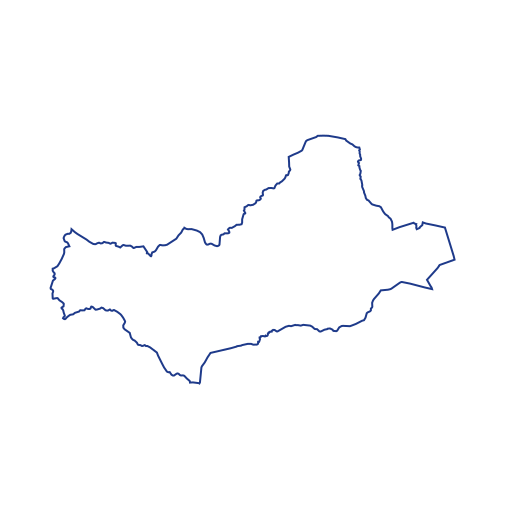 the district of Bac Ai, Ninh Thuận, Vietnam, rotated 293°
{"feature_id": "81297802B54055270393742", "entity_name": "Bac Ai", "entity_type": "district", "adm_level": 2, "iso_a3": "VNM", "parent_name": "Vietnam", "parent_adm1": "Ninh Thuận", "projection": "mercator", "projection_center": [108.819, 11.911], "detail": "fine", "context": "isolated", "style": "outline", "palette": "blue", "viewbox_px": 512, "rotation_deg": 293, "n_neighbors": 0, "source": "geoboundaries", "source_scale": "gbopen_adm2", "svg_char_len": 6105}
<svg xmlns="http://www.w3.org/2000/svg" viewBox="0 0 512 512"><g transform="rotate(293 256 256)"><path d="M208.6,75.7L206.6,76.3L205.0,76.4L203.5,75.5L202.8,73.9L201.2,72.3L200.1,71.9L198.2,71.8L197.3,71.9L195.1,73.9L194.7,74.7L194.8,76.8L194.2,78.0L192.0,80.4L189.9,77.5L188.0,76.8L187.3,76.8L184.4,78.1L182.9,78.4L177.5,78.3L172.2,77.8L169.0,77.2L165.8,74.9L164.9,73.8L163.0,74.6L161.9,76.2L161.4,77.4L160.2,77.9L158.3,77.4L157.8,77.5L157.4,78.0L157.7,79.3L157.3,80.0L156.2,79.9L154.0,78.7L146.3,79.4L145.5,80.0L145.4,81.6L144.9,82.7L143.9,83.2L142.0,83.3L137.6,85.4L137.4,85.7L137.4,86.1L139.2,88.7L139.7,89.8L138.4,92.4L137.8,95.6L137.2,97.3L136.8,97.8L134.4,98.5L132.6,97.2L132.2,97.2L131.7,97.7L131.5,98.7L130.6,99.8L128.8,101.1L126.4,103.3L125.6,103.4L124.3,102.7L123.3,102.7L123.0,103.9L123.2,104.8L123.9,105.3L125.5,105.8L127.8,107.0L129.3,108.0L130.9,110.5L132.9,111.5L135.7,114.8L137.4,115.4L138.0,117.2L139.0,119.3L140.6,119.6L141.2,119.9L141.6,120.4L141.5,121.3L141.8,122.6L142.3,123.7L143.1,124.2L144.3,124.0L145.1,124.2L145.3,125.5L143.9,129.2L144.4,130.3L146.6,133.0L148.1,133.9L148.3,135.6L147.3,138.5L147.3,139.3L147.9,141.0L149.7,142.4L149.2,143.5L149.2,144.5L149.6,145.4L150.4,145.8L150.8,146.4L150.4,150.2L149.5,153.8L149.0,155.0L147.3,157.8L145.2,160.5L144.4,161.2L143.2,161.3L140.3,160.9L138.2,161.9L137.2,163.7L135.9,169.8L132.2,172.7L131.2,174.4L130.7,175.9L130.8,177.2L129.7,180.2L128.6,181.5L128.2,182.3L128.8,184.4L128.6,186.2L129.1,187.0L130.5,188.4L130.1,189.9L130.7,191.1L130.5,194.2L128.4,202.5L126.1,204.7L120.3,211.5L117.5,214.9L115.0,218.8L114.7,219.6L114.8,220.9L115.4,221.9L113.7,224.6L113.5,226.2L113.9,227.2L116.3,228.7L117.0,229.3L117.3,229.8L117.3,230.9L116.7,232.4L116.7,233.6L117.6,235.5L117.7,236.8L116.2,240.2L115.1,243.7L114.5,244.3L113.7,244.7L115.0,247.3L116.7,253.3L116.6,253.7L117.7,253.8L132.1,249.3L133.4,249.3L138.0,250.4L143.8,251.0L149.0,252.0L161.7,269.4L165.1,273.6L165.6,273.8L167.6,277.2L168.6,278.1L171.8,282.6L173.2,285.8L173.3,288.1L174.8,291.4L175.8,292.1L176.2,292.1L177.8,291.5L178.0,292.3L178.3,292.4L181.1,292.2L181.9,291.3L182.5,291.1L183.1,291.9L184.1,291.9L185.1,293.7L185.4,295.5L186.2,295.8L185.9,296.2L187.0,297.6L188.2,297.7L188.9,297.3L190.1,297.4L190.3,297.9L190.9,297.8L191.3,298.4L191.7,298.4L192.2,299.1L192.5,300.0L193.5,299.9L194.2,300.3L194.2,300.5L194.7,300.7L195.2,302.1L194.9,303.1L194.7,304.7L195.0,305.3L202.4,310.9L204.6,313.6L205.1,315.7L207.9,319.0L207.9,319.7L208.8,321.8L209.4,324.4L211.1,326.4L213.1,333.1L212.9,335.4L211.8,338.4L211.9,339.1L212.5,340.8L211.4,343.7L211.5,344.6L212.2,345.5L214.9,347.8L216.5,350.1L217.1,350.4L218.2,352.4L218.1,355.2L217.3,356.5L218.2,359.3L219.0,359.9L222.8,360.5L225.0,362.2L225.7,363.4L228.1,369.9L229.1,371.0L232.5,374.5L237.9,379.0L239.1,380.5L242.0,380.9L246.6,380.3L247.7,380.8L249.4,382.4L250.1,382.8L250.8,383.0L252.5,382.3L253.9,382.9L254.7,382.9L258.3,381.2L260.8,381.1L262.5,381.4L269.6,383.7L273.1,384.3L276.5,390.6L277.8,392.4L278.7,393.3L287.7,398.9L288.8,399.9L289.1,400.5L290.8,408.7L293.0,423.7L294.3,431.0L295.6,429.9L296.7,428.2L300.9,422.7L315.7,427.8L318.4,428.4L318.7,428.3L319.5,428.6L330.2,440.2L333.2,438.0L356.0,418.8L354.2,409.0L352.3,399.7L352.1,396.4L349.4,397.0L346.8,395.7L345.7,395.6L343.5,393.5L344.5,392.5L346.4,391.9L347.4,391.0L348.0,391.0L347.8,389.1L348.2,388.1L338.6,376.8L333.5,371.5L334.8,370.7L338.3,369.2L339.9,368.3L340.9,367.6L342.1,366.2L342.9,365.3L343.5,363.1L344.3,361.9L345.0,358.6L345.8,357.1L346.8,355.5L349.7,351.9L350.0,350.0L349.3,347.0L348.9,342.8L349.2,341.8L351.1,337.9L351.1,336.2L352.3,334.4L354.2,333.1L356.7,330.6L357.3,330.4L358.1,329.8L360.9,326.9L362.0,326.2L362.7,326.2L366.5,323.7L367.7,322.4L367.8,321.9L369.9,321.4L370.4,320.8L370.5,320.3L371.0,319.8L372.5,319.9L375.3,319.2L376.0,318.2L377.8,316.7L379.2,316.0L379.4,314.8L380.3,314.7L380.7,314.5L381.8,314.5L382.5,313.1L382.9,312.9L384.0,313.2L385.3,315.0L386.3,314.9L386.9,314.5L388.4,313.0L390.1,312.2L390.9,311.3L392.7,310.6L393.6,309.7L394.6,310.0L396.2,308.7L395.5,306.9L395.3,305.1L395.5,303.7L396.4,301.1L396.4,298.8L397.5,293.9L398.5,292.6L397.1,284.9L394.9,275.6L393.1,271.0L390.7,265.8L389.1,265.0L382.7,258.0L381.4,257.2L380.1,257.1L371.7,257.2L370.8,256.9L367.5,254.3L363.9,250.8L360.0,247.4L354.8,250.0L351.3,251.6L349.0,253.8L348.2,253.9L346.5,253.3L345.3,253.7L343.1,253.8L342.5,253.3L342.3,252.3L342.0,252.1L339.7,252.3L338.3,252.1L334.9,250.7L332.9,249.3L331.9,249.1L331.0,247.2L328.5,246.4L325.6,246.4L325.1,245.8L324.6,243.5L323.4,241.0L321.1,239.4L320.5,238.4L318.8,237.2L316.9,237.4L314.9,238.6L314.2,238.5L313.5,237.6L312.4,236.9L311.7,236.9L310.7,238.0L310.2,238.0L308.9,237.4L308.2,236.5L307.7,235.3L307.1,234.8L305.5,235.1L304.4,234.9L302.0,233.3L300.4,230.9L300.2,229.4L299.6,228.7L298.1,228.0L296.4,226.4L294.0,227.3L293.1,227.1L291.3,229.4L290.9,229.4L289.8,228.3L289.4,228.3L284.4,228.9L281.3,230.2L279.6,230.3L278.4,228.7L277.1,225.9L275.2,224.9L272.4,222.7L271.8,221.0L271.2,220.5L269.5,219.8L268.1,221.7L267.5,222.2L267.0,222.3L266.5,222.0L265.9,221.3L264.6,218.2L263.2,217.6L262.1,216.0L261.2,215.4L259.5,215.5L252.3,217.9L251.5,217.9L250.2,216.9L249.8,216.2L249.5,213.7L249.9,210.5L249.7,209.5L249.2,208.7L247.8,207.4L247.3,206.4L247.4,205.6L248.5,203.8L252.2,200.8L254.8,198.1L256.1,195.2L256.3,191.6L255.9,188.4L255.6,186.2L254.1,182.9L253.7,181.2L254.0,179.0L253.1,179.0L251.9,178.3L248.3,178.0L244.7,176.6L240.8,175.9L231.6,169.7L230.3,168.0L229.2,165.6L228.8,163.6L228.5,163.1L226.4,162.2L222.5,161.7L221.1,161.3L220.2,160.7L218.8,159.1L216.9,159.1L215.5,159.6L214.8,159.5L214.7,159.1L216.1,155.9L216.2,155.4L215.8,154.6L215.9,154.4L217.2,154.2L220.9,148.6L218.9,145.3L217.6,142.3L215.6,140.4L215.5,140.0L216.2,138.1L216.4,136.3L214.6,132.2L214.4,129.8L213.8,129.1L210.8,127.7L210.9,125.9L210.6,123.2L211.1,122.6L212.9,122.0L213.0,121.2L212.2,118.7L210.7,117.5L210.4,117.1L210.5,115.2L209.8,112.7L209.7,111.0L209.5,110.5L207.8,109.6L206.9,108.2L206.9,106.3L205.7,104.9L204.4,103.9L204.0,103.3L203.5,101.5L204.0,97.0L204.9,93.6L206.5,83.0L207.2,79.9L208.6,75.7Z" fill="none" stroke="#1e3a8a" stroke-width="2"/></g></svg>